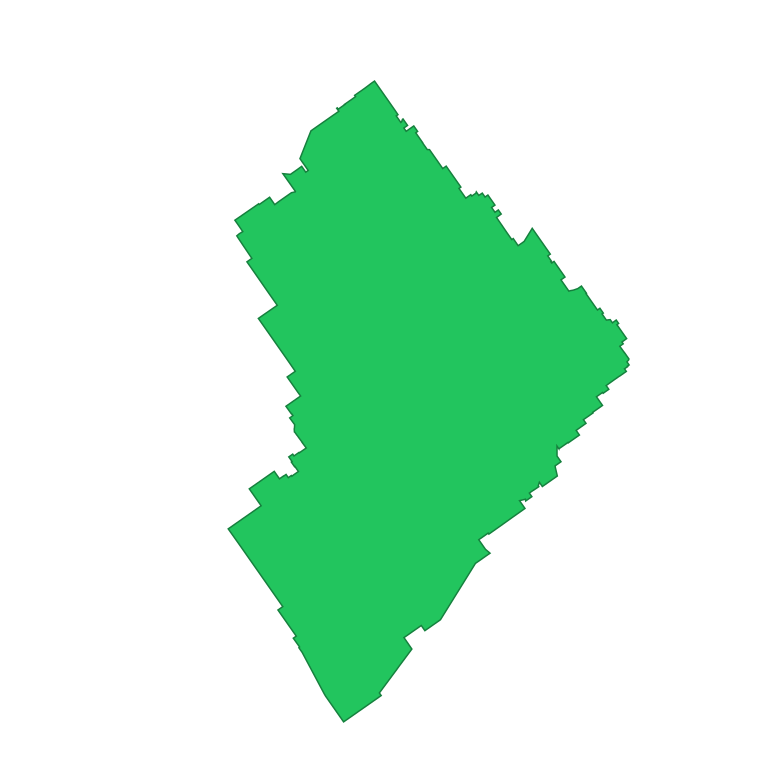 the district of Williams, Western Australia, Australia, rotated 325°
{"feature_id": "25037944B87064425958741", "entity_name": "Williams", "entity_type": "district", "adm_level": 2, "iso_a3": "AUS", "parent_name": "Australia", "parent_adm1": "Western Australia", "projection": "natural_earth1", "projection_center": [116.768, -33.052], "detail": "fine", "context": "isolated", "style": "filled", "palette": "green", "viewbox_px": 768, "rotation_deg": 325, "n_neighbors": 0, "source": "geoboundaries", "source_scale": "gbopen_adm2", "svg_char_len": 3663}
<svg xmlns="http://www.w3.org/2000/svg" viewBox="0 0 768 768"><g transform="rotate(325 384 384)"><path d="M173.3,413.3L173.4,434.4L173.4,434.8L173.4,438.8L173.4,442.7L173.4,446.5L173.4,458.1L173.4,462.0L173.4,473.6L173.4,477.4L173.4,489.0L173.4,492.8L173.4,504.4L173.4,508.3L167.5,508.3L167.5,520.9L167.5,521.0L167.5,532.3L167.5,540.2L163.9,540.2L164.0,551.0L163.0,551.2L163.0,554.0L163.0,556.9L157.3,603.7L157.1,606.2L157.1,625.8L157.1,637.6L203.0,637.6L203.0,634.4L230.6,625.2L234.0,624.0L254.8,617.1L254.9,603.2L263.0,603.2L276.0,603.2L276.0,609.5L285.8,609.5L295.0,609.5L356.0,583.4L366.0,583.4L373.8,583.4L372.3,577.6L372.3,575.0L372.3,572.3L372.3,565.9L383.7,565.9L383.8,565.9L383.8,567.1L402.1,567.0L411.6,566.9L428.1,566.8L428.1,557.3L433.8,559.5L433.0,561.1L440.5,561.1L440.5,556.7L445.8,556.7L445.8,556.8L451.9,556.9L451.9,555.9L454.9,553.6L454.9,558.8L465.6,558.8L472.4,558.8L473.2,558.8L476.5,550.6L477.2,549.2L484.4,549.2L484.4,546.0L484.4,542.4L484.8,541.7L490.1,534.1L490.1,537.5L490.2,537.4L501.1,537.4L501.1,537.9L514.8,537.9L514.8,532.2L526.9,532.1L526.9,527.6L538.6,527.6L538.6,526.9L550.7,526.9L550.7,516.3L558.2,516.3L558.2,517.3L565.1,517.3L565.1,512.7L574.1,512.6L581.4,512.6L581.8,512.7L587.1,512.7L589.7,512.7L589.7,509.5L593.6,509.5L593.6,509.0L595.7,509.0L595.7,505.2L598.2,504.6L599.0,504.0L599.0,496.2L598.9,496.2L598.8,488.3L603.0,488.3L603.0,486.1L608.8,486.0L608.8,469.0L610.9,469.0L610.9,464.8L606.2,464.9L606.2,461.0L602.8,459.2L602.8,451.7L604.3,451.7L604.3,445.8L601.3,445.8L601.3,433.2L601.3,425.8L601.9,425.8L601.9,417.0L597.5,417.0L592.9,415.7L589.9,414.3L588.7,414.0L588.7,400.2L593.6,400.2L593.6,385.9L593.6,381.1L590.8,381.1L590.8,379.4L591.6,379.4L591.6,373.0L594.7,373.0L594.7,341.5L588.0,344.4L581.0,347.4L580.8,347.6L573.2,347.6L573.3,339.0L571.5,339.0L571.5,330.6L571.7,312.1L577.5,312.0L577.5,307.0L573.4,307.0L573.4,301.1L577.5,301.1L577.5,288.8L574.0,288.8L574.0,284.0L569.8,283.9L569.8,279.6L568.7,280.4L563.7,280.4L563.7,278.7L557.6,278.7L557.6,276.7L557.6,274.7L557.6,266.8L559.9,266.8L559.9,250.6L559.9,247.9L559.9,241.2L555.7,241.2L555.7,234.4L555.7,221.5L555.7,218.1L553.9,216.8L553.9,209.4L553.9,208.4L554.1,208.4L554.1,206.0L554.1,202.4L554.1,196.4L556.4,196.4L556.4,189.8L556.4,189.7L547.1,189.7L547.1,185.7L551.6,185.7L551.6,177.8L550.9,177.8L549.0,179.2L547.8,179.4L547.8,171.4L549.9,171.4L550.0,166.1L550.0,130.4L546.1,130.4L537.7,130.7L531.6,130.7L525.5,130.7L525.5,132.3L520.3,132.3L512.1,132.3L512.2,132.6L504.1,132.6L504.1,131.0L503.4,131.0L503.4,134.7L483.2,134.7L474.1,134.7L469.4,134.7L444.4,151.2L444.4,165.6L441.4,165.6L441.4,158.5L435.7,158.6L427.6,158.6L421.8,153.7L421.9,175.4L421.5,175.7L417.9,174.2L415.7,174.2L402.0,174.2L397.4,174.4L397.4,168.5L397.4,165.4L384.7,165.4L384.7,164.5L369.8,164.4L355.8,164.3L355.8,172.7L355.7,178.2L351.7,177.9L348.4,178.2L348.3,180.6L348.1,189.1L347.8,205.3L341.8,205.3L341.8,216.7L341.7,245.5L341.7,258.3L318.7,258.2L318.7,270.5L318.7,274.1L318.7,285.4L318.7,293.2L318.7,293.3L318.7,308.9L318.6,322.7L308.7,322.7L308.7,341.6L308.8,346.0L300.8,346.0L290.9,346.0L291.0,355.2L291.3,355.2L291.3,357.6L287.3,357.7L287.5,365.8L287.5,366.0L285.8,368.2L284.7,369.3L283.1,371.9L283.3,372.4L283.3,375.9L283.4,376.3L283.4,379.3L283.5,381.7L283.5,382.8L283.5,383.1L283.6,384.9L283.4,384.9L283.6,391.8L280.5,391.8L275.1,391.8L275.1,391.3L270.1,391.3L269.0,391.3L269.0,389.1L264.2,389.1L264.2,394.8L263.3,394.8L263.3,400.5L263.7,400.5L263.7,406.6L257.9,406.6L255.6,406.7L255.6,405.8L251.9,405.8L251.9,401.9L248.8,401.9L248.8,401.7L244.0,401.7L244.0,393.9L244.0,392.6L213.5,392.6L213.5,413.3L173.3,413.3Z" fill="#22c55e" stroke="#15803d" stroke-width="1.5"/></g></svg>